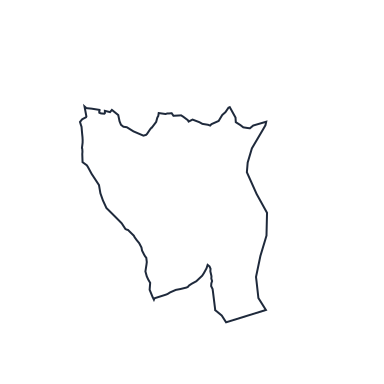 Udenu, Enugu, Nigeria (Mercator projection), rotated 46°
{"feature_id": "59680162B44643250914735", "entity_name": "Udenu", "entity_type": "district", "adm_level": 2, "iso_a3": "NGA", "parent_name": "Nigeria", "parent_adm1": "Enugu", "projection": "mercator", "projection_center": [7.531, 6.881], "detail": "fine", "context": "isolated", "style": "outline", "palette": "slate", "viewbox_px": 384, "rotation_deg": 46, "n_neighbors": 0, "source": "geoboundaries", "source_scale": "gbopen_adm2", "svg_char_len": 2007}
<svg xmlns="http://www.w3.org/2000/svg" viewBox="0 0 384 384"><g transform="rotate(46 192 192)"><path d="M328.2,220.8L314.4,217.9L301.3,207.8L297.6,205.0L285.5,187.2L277.7,173.3L275.1,168.7L259.1,152.5L238.3,146.9L234.7,145.6L215.9,138.8L209.5,131.5L202.2,118.6L196.5,98.0L195.0,92.8L193.0,89.8L186.7,101.8L186.4,106.1L184.4,107.7L181.1,110.2L177.5,110.7L172.2,112.0L168.7,109.0L157.2,105.9L156.7,107.2L157.8,112.5L157.6,116.7L159.4,123.5L156.7,130.9L156.8,132.8L154.9,133.7L150.2,137.2L146.9,138.2L140.3,141.3L139.0,145.5L137.4,145.1L131.8,146.0L129.3,146.6L124.3,152.4L121.2,151.9L119.6,153.9L118.3,155.3L117.5,156.9L115.8,158.2L112.1,161.1L113.9,163.5L114.3,165.0L114.7,165.8L116.7,169.1L117.8,176.2L117.6,176.4L117.8,178.5L119.0,184.1L119.0,185.4L117.7,187.8L107.7,192.0L100.1,193.9L97.4,196.0L94.3,196.4L90.8,195.0L85.4,191.6L77.3,192.6L77.6,195.5L73.1,198.3L74.4,199.5L74.8,200.0L74.7,200.8L74.0,201.3L73.4,201.9L72.2,202.9L70.6,203.6L69.8,203.0L69.3,202.0L68.7,201.5L62.2,206.4L58.8,209.3L58.3,209.7L55.8,209.9L64.3,215.5L64.6,216.3L63.4,220.5L63.8,223.9L66.5,225.3L68.4,226.2L70.0,227.5L73.7,230.5L76.5,232.7L78.7,234.6L80.6,236.5L83.9,240.6L84.8,241.0L87.0,242.9L88.5,244.6L94.5,250.0L98.0,249.4L99.7,249.1L101.7,249.5L109.2,251.6L122.4,254.1L129.3,258.8L136.1,261.9L144.1,264.7L152.1,264.5L165.6,264.3L172.4,265.6L173.7,265.1L174.9,264.4L179.2,264.3L183.0,264.2L184.7,264.7L188.1,265.2L192.0,265.5L196.8,266.9L199.4,268.6L203.6,269.9L205.6,270.4L207.6,270.6L211.0,273.2L212.7,275.3L214.8,278.1L216.8,280.7L221.2,283.1L224.6,284.3L228.3,285.2L232.9,290.4L239.9,293.2L243.0,294.2L242.4,292.8L247.7,282.1L248.4,280.4L249.0,277.5L251.2,271.6L253.7,267.8L256.8,262.5L257.4,261.0L257.2,259.1L257.8,255.9L259.2,250.9L259.3,242.8L258.6,239.8L257.0,234.6L255.3,231.4L257.7,231.1L260.1,232.0L261.8,233.9L266.1,236.5L267.8,238.3L270.0,239.4L271.1,241.5L273.0,243.6L276.1,244.6L277.9,245.9L292.4,256.8L293.0,257.4L301.5,256.4L309.4,258.0L328.2,220.8Z" fill="none" stroke="#1e293b" stroke-width="2"/></g></svg>